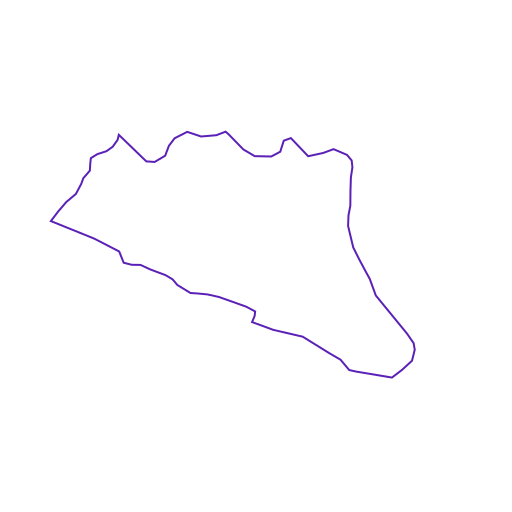 Goseong-gun, Gangwon, South Korea (Robinson projection), rotated 140°
{"feature_id": "91817680B50485812736392", "entity_name": "Goseong-gun", "entity_type": "district", "adm_level": 2, "iso_a3": "KOR", "parent_name": "South Korea", "parent_adm1": "Gangwon", "projection": "robinson", "projection_center": [128.403, 38.393], "detail": "fine", "context": "isolated", "style": "outline", "palette": "violet", "viewbox_px": 512, "rotation_deg": 140, "n_neighbors": 0, "source": "geoboundaries", "source_scale": "gbopen_adm2", "svg_char_len": 1120}
<svg xmlns="http://www.w3.org/2000/svg" viewBox="0 0 512 512"><g transform="rotate(140 256 256)"><path d="M390.7,414.6L368.8,373.4L357.9,347.4L361.7,335.9L356.8,329.1L350.2,323.4L345.8,314.0L341.4,306.2L337.6,299.5L334.9,291.7L334.9,284.4L330.0,269.8L325.6,265.6L317.9,257.8L310.8,248.5L303.7,236.5L296.1,223.5L292.3,214.1L295.5,211.0L301.5,207.9L290.1,188.1L272.1,164.2L262.2,134.1L257.9,122.2L257.9,114.9L257.9,108.7L253.5,103.0L230.0,75.5L217.5,74.9L203.8,75.5L194.6,82.2L191.3,87.9L190.2,99.3L189.6,148.7L183.6,165.3L181.4,176.2L179.2,186.6L176.0,200.1L172.1,207.9L166.1,219.9L159.0,227.7L151.4,233.9L142.1,244.8L132.8,255.2L125.1,262.0L121.3,267.7L121.3,275.0L127.9,288.0L138.2,291.7L151.9,298.9L153.5,323.9L160.6,326.5L170.4,320.3L180.3,322.4L192.8,333.3L197.2,345.8L198.8,367.2L199.4,370.8L208.7,374.0L221.2,382.8L228.9,395.3L242.6,398.5L251.9,396.4L261.1,391.2L273.2,393.2L279.2,399.0L283.2,437.0L287.4,433.9L295.6,431.8L303.2,432.4L312.0,436.0L319.6,437.1L323.5,433.4L328.4,428.2L338.2,426.6L343.7,423.5L354.1,419.3L366.6,419.3L379.2,417.2L390.7,414.6Z" fill="none" stroke="#5b21b6" stroke-width="2"/></g></svg>